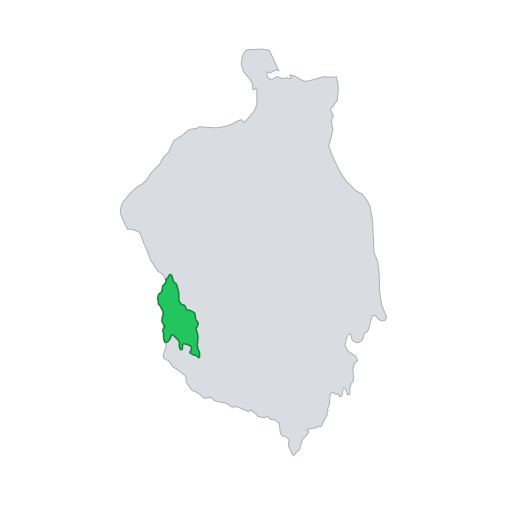 Romania, with Maramures highlighted, rotated 257°
{"feature_id": "ROU-298", "entity_name": "Maramures", "entity_type": "County", "adm_level": 1, "iso_a3": "ROU", "parent_name": "Romania", "parent_adm1": "", "projection": "robinson", "projection_center": [23.844, 47.655], "detail": "fine", "context": "in_parent", "style": "filled", "palette": "green", "viewbox_px": 512, "rotation_deg": 257, "n_neighbors": 0, "source": "natural_earth", "source_scale": "10m", "svg_char_len": 5466}
<svg xmlns="http://www.w3.org/2000/svg" viewBox="0 0 512 512"><g transform="rotate(257 256 256)"><path d="M394.6,283.0L399.2,288.4L405.0,291.3L418.4,294.4L419.6,294.1L419.7,293.5L418.7,292.7L418.6,291.7L419.2,290.4L421.0,290.3L424.0,291.5L429.7,289.8L438.0,285.5L445.7,284.6L452.9,287.2L456.6,290.2L459.0,293.1L458.4,296.6L458.0,298.8L456.4,307.9L455.2,311.4L453.2,315.3L431.4,319.9L432.7,317.7L432.1,313.8L431.1,310.8L433.1,308.2L428.2,307.2L426.0,308.7L424.4,311.2L426.1,317.1L423.7,320.3L422.8,322.1L422.8,326.4L421.4,328.2L421.2,330.2L424.7,329.7L423.2,333.4L416.8,340.5L414.6,344.7L415.5,361.5L412.8,371.5L412.6,374.5L405.6,374.6L403.5,374.3L396.8,372.8L389.3,370.2L384.8,365.0L382.0,361.3L375.7,363.0L374.5,362.5L372.7,360.7L367.9,359.5L362.1,359.5L348.8,352.8L347.3,351.6L337.0,352.8L321.5,356.1L309.7,360.2L297.6,367.6L292.6,373.2L286.9,376.1L278.7,378.3L264.1,377.5L248.8,374.7L232.4,371.7L223.6,373.3L211.7,372.1L193.6,368.5L180.2,367.4L166.9,369.5L164.7,367.9L164.2,366.0L164.8,363.4L166.6,361.3L169.9,359.7L171.6,358.1L171.7,356.4L168.1,353.8L160.8,350.1L157.8,347.8L157.0,347.3L156.9,345.2L155.3,343.6L152.5,342.4L150.3,340.3L148.7,337.2L149.1,334.3L151.3,331.6L154.2,330.4L157.7,330.8L159.1,330.0L158.6,328.1L155.2,325.6L149.0,322.6L142.6,324.3L136.1,330.5L131.5,331.5L128.6,327.3L123.6,324.8L116.3,324.0L111.8,322.4L110.2,320.0L107.0,318.1L100.0,316.2L99.9,314.3L101.1,313.8L103.6,313.7L106.9,313.3L107.4,312.2L107.5,311.2L104.9,310.0L102.2,309.1L100.8,308.3L100.0,307.4L99.8,306.4L100.6,305.7L101.6,305.7L102.7,305.1L103.3,302.9L104.8,301.0L105.8,300.4L105.8,299.0L104.7,297.7L103.3,296.6L101.2,296.0L94.5,294.0L91.2,291.4L89.1,291.3L85.9,289.8L82.4,287.5L79.4,284.2L76.1,282.0L75.3,281.1L75.2,280.3L75.8,279.4L75.8,278.4L75.0,275.2L75.6,271.7L75.5,268.5L75.5,267.1L74.9,266.6L74.3,267.1L73.5,267.7L72.7,267.8L70.3,265.5L67.3,260.7L65.3,259.1L61.3,256.9L57.9,255.1L55.5,251.1L53.0,248.0L54.7,246.7L64.5,244.9L69.0,246.7L71.0,246.1L73.0,244.6L74.1,243.5L74.3,242.2L75.3,240.7L78.6,240.0L87.3,240.9L90.8,238.8L92.1,237.6L92.9,235.1L93.8,233.0L97.0,231.9L96.9,230.0L96.5,228.0L98.4,223.4L99.5,221.5L101.2,220.9L103.4,219.4L107.1,216.4L106.3,213.8L107.0,211.9L110.9,207.2L113.9,202.6L113.8,200.4L114.3,198.4L116.9,196.2L119.6,193.4L123.3,184.6L124.5,183.1L126.9,181.4L128.6,179.7L128.9,173.9L130.5,172.3L133.7,170.4L136.8,167.3L139.3,163.8L141.3,162.1L143.9,161.7L146.7,160.3L149.8,159.7L152.8,160.4L154.8,160.1L157.7,158.3L165.1,151.8L166.2,150.5L167.7,149.6L173.7,147.3L175.2,145.1L177.3,143.0L180.0,143.2L188.6,148.2L197.9,147.9L199.6,148.1L200.2,148.2L201.3,148.6L213.7,151.1L215.6,150.8L216.1,150.6L221.1,152.6L225.5,152.4L229.7,150.9L234.1,150.5L238.1,151.3L241.1,154.2L249.1,160.4L251.4,162.6L255.1,162.3L259.1,161.2L263.1,157.0L275.5,152.4L285.0,151.2L294.2,149.4L305.0,148.1L308.0,144.2L309.7,141.7L310.9,136.8L316.6,135.5L322.1,134.5L324.0,133.9L328.0,133.7L331.1,134.1L336.0,136.5L339.4,139.4L340.7,141.8L343.7,145.1L346.8,149.8L350.2,156.1L351.0,159.2L352.3,162.6L354.9,166.8L359.7,171.4L360.4,172.2L362.6,175.5L366.9,182.7L370.5,185.5L373.6,188.6L375.1,191.8L377.3,194.7L382.5,198.4L386.8,201.9L390.3,211.8L392.7,216.3L394.3,219.8L393.7,226.8L394.7,229.8L392.9,235.3L389.7,246.4L389.1,255.2L389.8,260.0L390.0,263.0L390.8,265.0L391.8,269.0L392.1,272.5L390.8,273.5L389.1,274.3L388.5,275.1L390.1,276.7L392.3,279.6L394.6,283.0Z" fill="#d9dde1" stroke="#a8b0b8" stroke-width="1"/><path d="M195.2,147.4L195.9,147.6L198.7,147.8L200.4,148.3L201.4,148.5L204.3,148.3L205.0,148.6L207.2,150.3L207.5,151.2L208.4,151.1L212.7,149.7L214.0,149.7L214.7,150.1L216.8,150.6L217.6,151.0L219.2,152.2L219.9,152.3L220.0,152.3L222.5,153.1L223.4,153.1L226.2,151.9L228.3,151.9L229.9,150.7L230.9,150.2L231.7,150.2L234.1,150.7L236.5,150.6L237.3,150.8L237.7,151.0L239.3,151.8L240.4,152.5L241.1,153.2L241.3,154.1L241.4,154.8L241.6,155.4L242.3,156.1L243.8,156.9L247.2,158.0L247.8,158.5L248.3,159.1L249.8,161.3L250.8,162.6L251.6,163.0L252.9,162.8L253.5,162.8L254.0,164.2L255.1,165.6L256.9,167.2L257.2,167.7L257.3,168.2L257.0,168.7L256.6,169.1L254.1,169.8L250.5,169.8L249.1,170.2L247.3,171.6L246.7,172.0L245.8,172.3L237.8,172.5L229.9,170.9L229.1,171.1L226.2,172.2L225.6,172.6L225.3,173.1L224.4,174.7L224.0,175.2L223.2,175.6L219.6,176.3L219.0,176.5L218.8,176.8L218.7,177.1L218.6,177.9L218.5,178.4L218.2,178.9L215.6,182.2L214.0,183.5L206.9,183.0L205.7,183.9L204.6,184.4L204.2,184.5L203.5,184.5L203.0,184.5L202.5,184.1L202.1,183.8L201.7,183.5L201.2,183.3L200.4,182.9L200.0,182.5L199.8,182.1L199.6,181.7L199.1,181.4L198.1,181.2L191.6,181.5L190.6,181.3L185.3,179.8L183.6,179.1L182.8,178.8L181.6,178.6L177.2,178.6L175.1,179.3L171.2,178.6L170.5,178.3L169.9,177.9L169.8,177.5L169.9,177.1L170.3,176.8L171.8,176.0L172.2,175.6L172.6,175.3L172.8,174.9L173.0,174.5L173.1,173.9L173.4,173.3L173.7,172.8L176.2,170.1L176.6,169.9L177.0,169.9L177.4,170.1L178.1,170.9L178.6,171.3L180.5,172.3L181.1,172.6L181.8,172.6L182.6,172.2L183.3,171.5L184.1,170.6L185.0,169.7L185.7,168.3L186.0,167.6L186.5,166.6L186.7,166.0L186.6,165.3L186.3,164.9L185.8,164.5L185.1,164.2L182.3,163.5L181.8,163.2L181.5,162.9L181.4,162.4L181.6,161.7L182.1,161.2L182.8,161.0L185.8,161.0L187.5,161.4L188.1,161.7L188.9,161.9L189.6,161.9L190.5,161.7L191.6,161.3L197.6,157.4L197.9,156.8L198.0,156.3L197.6,155.6L197.0,155.1L195.6,154.4L195.0,154.0L194.6,153.6L192.6,151.2L191.9,149.0L192.0,148.9L192.3,148.7L192.5,148.4L192.7,148.0L193.1,147.7L193.6,147.6L195.2,147.4Z" fill="#22c55e" stroke="#15803d" stroke-width="1.5"/></g></svg>